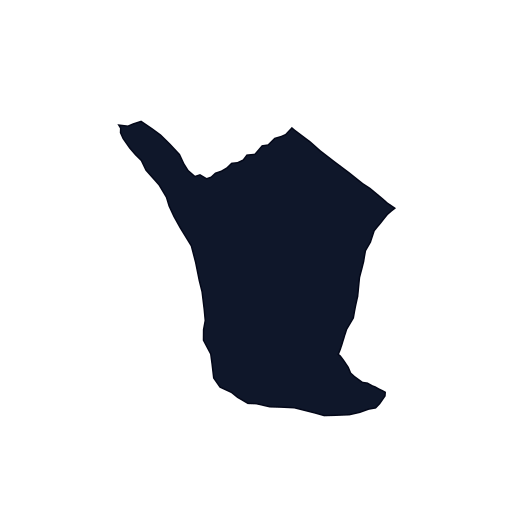 the district of Xylofagou, Cyprus, rotated 39°
{"feature_id": "46923920B54731060528278", "entity_name": "Xylofagou", "entity_type": "district", "adm_level": 2, "iso_a3": "CYP", "parent_name": "Cyprus", "parent_adm1": "", "projection": "mercator", "projection_center": [33.851, 34.975], "detail": "fine", "context": "isolated", "style": "filled", "palette": "ink", "viewbox_px": 512, "rotation_deg": 39, "n_neighbors": 0, "source": "geoboundaries", "source_scale": "gbopen_adm2", "svg_char_len": 1720}
<svg xmlns="http://www.w3.org/2000/svg" viewBox="0 0 512 512"><g transform="rotate(39 256 256)"><path d="M333.7,131.5L324.7,132.3L318.5,132.0L302.0,131.8L293.3,132.7L276.1,132.8L257.6,133.5L240.0,133.9L239.5,133.9L226.6,133.3L206.7,134.0L203.3,133.9L203.3,134.3L202.7,142.9L200.5,147.2L196.6,152.8L195.6,162.1L191.5,166.5L191.2,177.7L185.5,183.3L185.7,189.5L183.0,195.1L178.8,199.3L178.0,205.9L175.8,211.8L172.4,217.2L171.6,222.9L169.0,227.1L161.4,228.2L158.5,232.7L149.4,232.4L141.8,229.8L132.6,225.3L119.0,223.4L105.7,222.1L95.2,222.6L82.0,223.7L77.5,230.6L74.8,235.7L67.0,240.6L70.4,241.8L73.1,245.4L78.8,248.3L89.9,251.5L98.7,253.1L106.8,253.9L116.5,258.5L135.9,261.7L149.5,266.7L157.0,271.8L167.4,276.9L179.3,281.7L199.4,288.8L213.2,299.0L227.3,310.7L236.7,317.8L249.3,330.0L257.2,338.1L261.6,346.2L268.2,354.5L282.5,360.6L290.1,367.8L299.9,377.4L310.6,380.5L322.9,377.4L330.7,377.4L342.5,375.6L349.1,370.6L361.6,364.5L370.9,357.4L381.3,349.8L390.8,345.4L400.5,340.9L409.4,337.1L416.9,330.7L428.4,320.6L435.0,312.2L439.9,304.1L444.5,298.8L445.0,293.0L444.3,283.6L442.2,280.6L439.3,281.1L435.1,282.1L433.3,282.4L430.9,282.8L428.0,283.8L422.6,284.7L418.2,287.3L408.1,287.8L403.2,287.5L397.7,284.5L389.9,282.1L384.4,280.7L381.8,280.7L380.3,275.8L379.9,274.7L379.1,272.6L378.6,271.2L376.8,266.8L375.9,264.5L374.7,261.7L374.2,260.2L372.5,255.9L370.6,242.9L367.1,236.6L364.5,231.7L361.0,224.7L360.5,223.6L360.4,223.4L359.3,221.8L358.6,220.7L350.4,208.3L349.8,207.3L347.9,203.1L346.3,199.5L343.1,192.6L340.9,188.8L337.7,183.0L336.3,174.2L336.1,173.0L335.9,172.6L331.9,162.0L331.9,156.6L332.0,151.8L331.9,146.6L331.9,141.0L332.8,135.9L333.8,131.5L333.7,131.5Z" fill="#0f172a" stroke="#020617" stroke-width="1.5"/></g></svg>